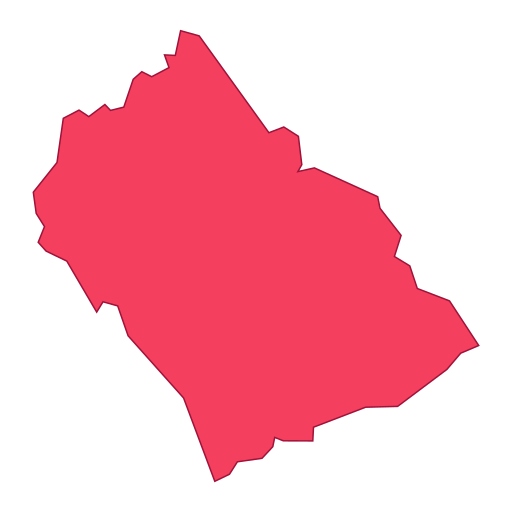 outline of Morgan, Tennessee, United States of America
{"feature_id": "52423323B10498305298620", "entity_name": "Morgan", "entity_type": "district", "adm_level": 2, "iso_a3": "USA", "parent_name": "United States of America", "parent_adm1": "Tennessee", "projection": "orthographic", "projection_center": [-84.667, 36.142], "detail": "fine", "context": "isolated", "style": "filled", "palette": "rose", "viewbox_px": 512, "rotation_deg": 0, "n_neighbors": 0, "source": "geoboundaries", "source_scale": "gbopen_adm2", "svg_char_len": 760}
<svg xmlns="http://www.w3.org/2000/svg" viewBox="0 0 512 512"><path d="M199.2,35.9L180.6,30.7L175.3,55.4L164.5,54.9L169.0,67.6L151.7,76.7L141.8,71.7L133.2,79.3L123.8,107.1L110.5,110.4L104.9,104.5L88.8,116.6L79.0,110.1L63.3,118.3L57.0,162.5L33.3,192.2L36.2,213.4L44.5,226.6L38.2,242.3L46.1,251.1L66.8,261.1L96.7,312.1L103.0,301.8L117.7,305.9L128.1,335.8L183.6,398.0L214.8,481.3L229.5,474.2L237.4,461.8L262.0,458.3L272.8,446.7L274.7,437.4L283.3,440.8L312.8,440.9L313.5,427.2L365.6,407.2L397.6,406.4L446.9,369.4L460.7,353.2L478.7,345.5L449.5,300.9L417.3,288.5L409.8,265.9L394.4,256.5L401.1,235.4L380.0,208.3L377.7,196.7L314.4,167.9L297.9,171.6L301.8,164.7L298.4,136.3L283.8,127.0L268.9,132.7L199.2,35.9Z" fill="#f43f5e" stroke="#9f1239" stroke-width="1.5"/></svg>